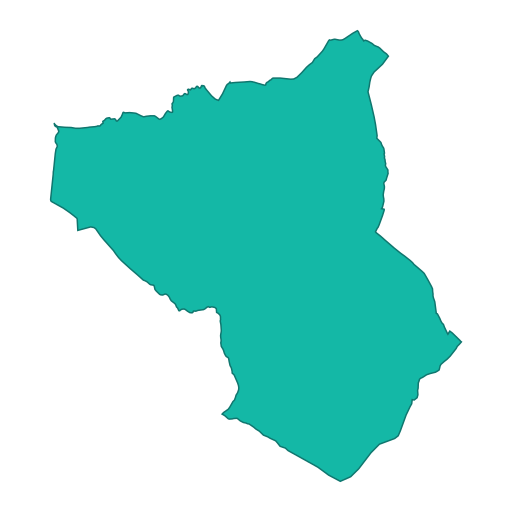 Cucaita, Boyacá, Colombia (Natural Earth projection)
{"feature_id": "7082276B93594910606067", "entity_name": "Cucaita", "entity_type": "district", "adm_level": 2, "iso_a3": "COL", "parent_name": "Colombia", "parent_adm1": "Boyacá", "projection": "natural_earth1", "projection_center": [-73.453, 5.526], "detail": "fine", "context": "isolated", "style": "filled", "palette": "teal", "viewbox_px": 512, "rotation_deg": 0, "n_neighbors": 0, "source": "geoboundaries", "source_scale": "gbopen_adm2", "svg_char_len": 5953}
<svg xmlns="http://www.w3.org/2000/svg" viewBox="0 0 512 512"><path d="M388.4,56.2L386.5,53.9L383.6,51.8L379.8,48.1L377.9,46.8L377.4,46.7L374.3,45.4L372.2,43.6L367.6,41.0L365.1,40.2L363.7,40.9L362.6,39.1L362.1,38.7L360.6,36.4L359.0,33.4L358.6,32.1L357.8,31.0L357.4,30.7L352.7,33.3L345.0,38.5L342.9,39.7L341.1,40.1L339.4,40.1L334.8,39.2L333.5,39.4L331.0,40.1L330.4,40.2L329.4,39.9L328.6,40.8L323.9,49.0L322.4,51.2L317.2,56.9L314.7,58.7L312.4,62.5L309.3,64.8L306.5,67.3L301.8,72.6L297.0,77.3L293.7,79.0L290.8,79.2L280.4,78.1L273.2,78.1L272.5,78.3L270.6,80.1L270.0,80.2L267.9,82.0L267.1,82.3L266.1,83.3L265.6,85.0L264.7,85.2L261.9,84.5L259.8,83.8L258.4,83.5L254.2,82.2L253.2,82.0L252.0,81.7L250.0,81.5L244.1,82.0L235.2,82.5L230.5,83.0L230.0,82.0L228.8,83.4L227.4,84.3L226.5,85.4L222.5,93.9L218.5,100.4L215.4,99.2L211.6,95.9L206.4,89.7L204.8,87.5L204.6,86.6L204.0,85.9L203.4,85.7L202.7,86.0L202.4,85.9L202.1,85.5L201.9,85.5L201.5,85.8L201.3,86.2L200.7,87.7L200.2,88.0L199.9,88.1L199.5,88.1L198.3,87.4L198.0,86.7L197.6,86.4L197.0,86.3L196.5,86.5L195.6,87.9L194.3,88.7L193.9,88.7L192.7,88.3L192.0,88.2L191.3,88.7L190.9,89.5L190.4,89.9L188.5,89.2L187.9,89.4L187.6,89.7L187.6,90.1L188.3,91.3L188.4,92.7L188.0,94.1L187.7,94.5L186.9,94.6L185.4,93.7L184.7,93.6L184.1,94.0L182.8,95.7L182.3,95.9L180.3,96.2L179.8,96.1L178.5,95.2L177.8,95.2L176.8,95.5L173.8,97.1L173.6,97.7L173.5,100.6L173.3,101.9L173.0,102.6L172.1,103.6L172.1,104.4L172.3,105.6L172.0,107.4L172.6,110.9L172.6,111.9L172.4,112.3L171.7,112.4L170.3,112.2L169.4,111.8L168.1,110.9L167.7,110.9L167.2,111.3L165.5,113.4L163.4,117.0L161.5,118.5L160.0,119.3L159.5,119.3L158.9,119.0L155.5,116.4L154.3,115.8L150.5,115.8L146.1,116.3L144.0,116.8L143.4,116.8L140.8,115.7L136.0,113.3L133.9,113.0L129.6,112.6L125.1,112.9L123.6,112.3L123.2,112.4L123.0,112.6L122.2,114.8L121.0,117.3L117.4,121.0L116.9,121.1L116.4,121.0L115.4,119.3L114.6,118.8L110.9,119.2L110.5,119.1L109.8,117.9L109.3,117.7L107.0,118.1L106.4,118.4L105.8,118.8L104.4,120.4L102.9,121.3L102.8,121.6L103.1,122.9L103.0,123.4L101.6,124.1L100.8,124.9L100.3,125.7L99.5,126.0L97.8,125.9L96.9,126.3L94.8,126.7L89.8,127.1L87.5,127.5L84.5,127.8L79.4,128.3L75.6,128.3L71.1,127.5L65.2,127.3L58.1,126.7L56.7,126.0L55.8,125.3L54.8,124.3L54.4,123.7L54.2,122.9L54.5,124.9L54.9,125.8L55.6,126.5L56.6,126.9L57.1,127.3L57.6,128.3L58.7,131.0L58.7,131.7L58.3,132.6L56.3,135.1L55.7,136.7L55.4,138.0L55.3,141.7L55.7,142.7L56.8,144.2L57.3,146.0L57.1,146.9L56.2,148.7L56.0,149.2L55.3,153.5L53.6,170.2L53.3,171.8L53.2,174.4L50.6,199.4L50.8,200.6L51.1,201.2L52.1,201.9L63.3,208.1L69.9,212.7L73.0,215.1L76.7,218.1L77.0,218.4L77.2,219.2L77.8,230.4L90.7,226.9L94.1,227.6L95.0,228.3L95.8,228.9L100.5,235.7L104.4,240.4L113.5,250.6L115.6,253.7L118.6,257.6L121.4,260.6L130.3,268.7L137.3,274.7L143.3,280.1L145.2,280.8L147.3,282.0L149.7,284.2L150.6,284.7L153.5,285.2L153.9,285.5L154.3,286.5L155.0,289.5L156.5,291.3L159.6,294.3L160.4,294.7L161.1,294.9L162.8,295.0L164.9,294.1L165.8,294.1L166.4,294.3L167.8,295.2L169.3,297.1L170.3,299.3L171.3,300.8L174.4,303.2L175.4,304.2L175.8,305.0L176.5,306.9L177.6,308.0L178.8,310.6L179.2,310.8L179.8,310.7L180.4,310.0L182.0,309.2L184.1,309.0L185.3,309.5L187.5,311.2L189.8,312.6L190.4,312.7L191.9,312.8L192.4,312.7L192.9,312.3L193.3,311.3L193.9,311.0L195.5,311.2L196.4,311.0L197.9,310.4L203.6,309.6L205.2,308.7L207.0,307.2L208.2,306.6L208.7,306.8L209.4,307.3L210.4,307.2L211.0,307.0L211.8,306.8L214.2,307.3L214.9,307.5L216.3,308.6L216.6,312.4L218.2,313.3L219.7,314.8L220.2,315.6L220.5,316.9L220.5,319.0L220.6,319.6L220.3,320.5L220.3,321.5L220.9,324.6L221.3,330.3L221.2,331.9L220.9,333.4L220.6,335.5L220.7,337.2L221.1,339.9L221.1,341.0L220.8,342.9L221.3,346.4L222.8,348.8L223.6,350.6L224.4,353.3L225.7,355.8L226.4,356.6L228.1,357.6L228.5,358.2L228.7,358.8L229.2,361.7L230.0,365.3L230.5,366.4L231.1,367.4L231.4,368.2L232.1,371.2L232.2,373.0L232.3,373.3L233.7,374.4L234.3,375.3L237.7,383.1L238.5,385.7L238.8,387.8L238.6,389.8L237.8,392.1L237.4,393.1L236.1,395.1L235.4,397.6L234.4,400.2L233.0,401.5L229.8,407.1L228.3,409.2L223.6,412.5L222.1,414.1L224.7,415.6L227.2,417.8L228.2,418.7L229.2,419.1L232.2,418.9L233.8,418.5L236.6,418.3L237.4,418.5L240.3,420.9L243.4,422.5L245.9,423.0L247.4,423.7L249.1,424.0L253.8,427.2L255.7,428.9L259.4,431.2L263.4,435.1L267.9,436.9L270.2,438.3L275.6,440.8L277.3,442.7L280.1,446.3L285.4,448.1L288.1,450.6L317.9,467.2L328.6,475.1L340.3,481.3L350.7,476.7L358.7,468.8L371.0,452.7L379.4,444.2L394.7,438.5L398.2,435.8L400.4,430.7L406.1,415.0L410.1,406.6L411.7,403.8L412.2,399.6L414.2,400.0L417.1,397.7L417.9,394.8L417.6,390.4L418.1,388.2L418.3,382.9L419.0,381.1L419.5,379.3L420.4,378.4L422.7,377.3L426.7,374.7L430.3,373.5L435.5,372.2L437.6,371.0L439.1,370.0L439.6,368.1L440.1,365.9L441.0,364.3L444.3,361.4L447.0,359.3L450.2,356.1L456.1,348.6L457.3,346.3L459.4,344.2L461.4,341.9L460.3,341.0L460.1,340.6L452.3,333.0L449.8,331.1L447.9,334.2L447.3,333.2L444.5,327.3L443.4,324.3L442.3,323.4L441.0,321.3L439.8,318.4L437.8,314.6L437.3,313.8L436.3,313.4L434.8,301.9L434.4,300.6L433.5,298.1L433.0,296.0L433.0,293.8L432.7,291.9L432.5,288.8L431.5,286.5L428.2,280.4L424.2,273.4L421.9,271.2L414.9,265.2L414.1,264.6L412.6,262.7L410.3,260.6L404.5,256.0L400.6,253.2L394.0,247.9L385.1,240.2L380.5,236.1L376.3,232.8L375.5,231.8L377.3,228.2L378.0,227.4L379.1,224.9L382.5,215.6L384.1,210.5L384.2,209.3L382.8,208.9L381.6,208.7L382.1,207.9L382.6,206.7L383.9,201.2L383.8,198.8L383.4,196.8L383.2,194.7L383.7,191.4L384.3,188.8L384.4,187.4L384.4,186.4L383.8,183.6L383.9,182.8L384.1,182.2L386.1,180.1L386.6,178.1L388.1,173.4L387.9,172.1L387.9,170.0L385.8,166.7L385.4,165.5L385.7,163.6L385.2,161.8L385.0,159.6L384.4,158.0L384.6,156.6L384.1,154.2L384.1,153.7L384.5,153.2L383.9,148.9L383.5,147.8L382.6,146.5L382.0,145.4L381.4,144.0L381.2,143.1L380.6,142.1L376.8,138.3L377.1,135.6L375.5,124.4L374.1,116.9L371.3,104.7L368.0,91.8L369.1,86.9L369.8,82.1L370.8,77.9L371.5,75.9L374.1,72.0L382.5,64.2L388.4,56.2Z" fill="#14b8a6" stroke="#0f766e" stroke-width="1.5"/></svg>